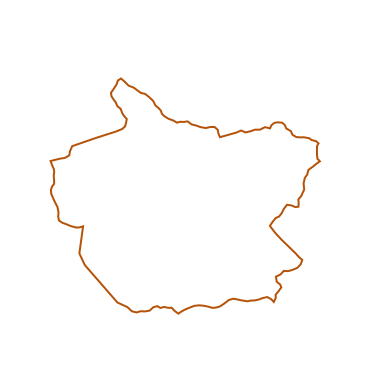 Banzaê, Bahia, Brazil (orthographic projection), rotated 72°
{"feature_id": "56859067B70491909190036", "entity_name": "Banzaê", "entity_type": "district", "adm_level": 2, "iso_a3": "BRA", "parent_name": "Brazil", "parent_adm1": "Bahia", "projection": "orthographic", "projection_center": [-38.659, -10.603], "detail": "fine", "context": "isolated", "style": "outline", "palette": "amber", "viewbox_px": 384, "rotation_deg": 72, "n_neighbors": 0, "source": "geoboundaries", "source_scale": "gbopen_adm2", "svg_char_len": 2341}
<svg xmlns="http://www.w3.org/2000/svg" viewBox="0 0 384 384"><g transform="rotate(72 192 192)"><path d="M202.3,60.9L199.2,62.4L195.5,61.7L191.4,60.4L187.1,59.0L184.8,56.6L181.7,58.6L179.7,62.0L177.0,64.0L174.5,68.8L173.3,72.7L172.0,75.8L168.7,78.7L164.6,79.2L160.7,82.7L156.9,83.1L154.0,84.8L152.2,89.0L151.7,92.3L152.9,95.6L155.6,98.2L152.9,102.5L153.7,108.1L152.2,112.9L152.3,117.5L151.9,122.6L148.7,126.4L149.2,131.5L148.5,148.5L144.3,148.8L140.8,148.3L137.1,150.5L135.8,154.8L135.4,159.2L133.0,163.7L129.8,167.9L127.6,171.5L123.5,174.3L122.9,177.9L121.6,181.5L121.4,184.9L118.3,187.6L115.2,191.6L111.6,194.7L108.3,196.4L105.0,196.5L101.9,197.8L98.5,200.0L93.3,200.8L88.1,203.7L84.1,206.4L82.0,210.0L78.7,212.4L74.8,215.1L71.2,219.5L67.0,221.5L62.1,224.5L63.1,228.1L66.3,230.4L69.7,234.6L72.6,238.4L76.2,239.0L79.7,238.0L83.3,236.8L87.2,236.5L90.8,234.2L96.2,233.9L99.4,232.8L102.4,231.5L105.8,233.3L108.9,235.4L110.5,238.8L111.0,245.6L110.9,267.1L111.4,291.8L115.6,295.5L119.2,297.4L120.3,302.4L119.5,307.4L119.1,312.5L118.8,316.9L122.9,316.8L127.4,316.3L130.5,316.9L133.8,318.5L138.6,319.6L141.6,320.6L143.8,323.7L146.6,325.6L150.2,326.4L156.0,325.9L160.5,325.3L164.4,324.6L170.0,325.2L173.9,326.8L177.9,327.4L181.1,324.9L183.8,321.5L186.7,318.1L189.9,313.4L190.9,310.0L191.0,306.2L215.6,318.1L224.6,317.0L228.4,316.5L274.0,297.1L277.2,293.7L281.5,289.0L286.9,286.0L289.4,282.0L289.5,277.9L291.1,273.4L291.7,268.9L289.7,264.5L289.8,260.3L292.5,257.9L292.7,254.0L294.8,250.5L295.8,247.1L300.0,245.1L303.5,242.5L302.5,239.4L301.7,235.3L301.2,229.4L301.0,224.8L302.0,220.2L303.7,216.2L305.9,212.3L308.5,208.3L309.3,205.2L309.5,201.1L308.1,195.9L306.1,190.4L306.2,186.1L307.8,182.7L309.8,179.4L311.3,176.5L313.0,173.2L313.5,169.3L314.5,166.0L314.9,161.5L314.7,157.9L315.1,153.0L318.4,149.8L321.9,148.2L318.6,145.1L315.5,144.2L313.0,140.2L310.3,136.5L307.1,136.8L303.6,139.1L298.5,138.4L297.8,133.4L295.4,129.1L297.0,125.0L297.1,120.0L296.7,115.3L294.3,110.9L290.7,108.1L287.0,110.4L282.6,112.3L265.4,121.4L259.6,124.1L255.8,125.8L248.3,128.4L245.5,124.8L242.6,120.5L242.2,116.7L239.9,113.3L236.4,109.8L233.5,105.7L235.6,101.4L238.2,98.5L238.9,95.4L235.8,94.0L232.0,93.2L229.4,89.1L226.9,87.0L224.5,84.6L218.3,83.2L213.4,80.3L211.0,77.0L207.0,74.5L205.2,69.1L203.6,64.9L202.3,60.9Z" fill="none" stroke="#b45309" stroke-width="2"/></g></svg>